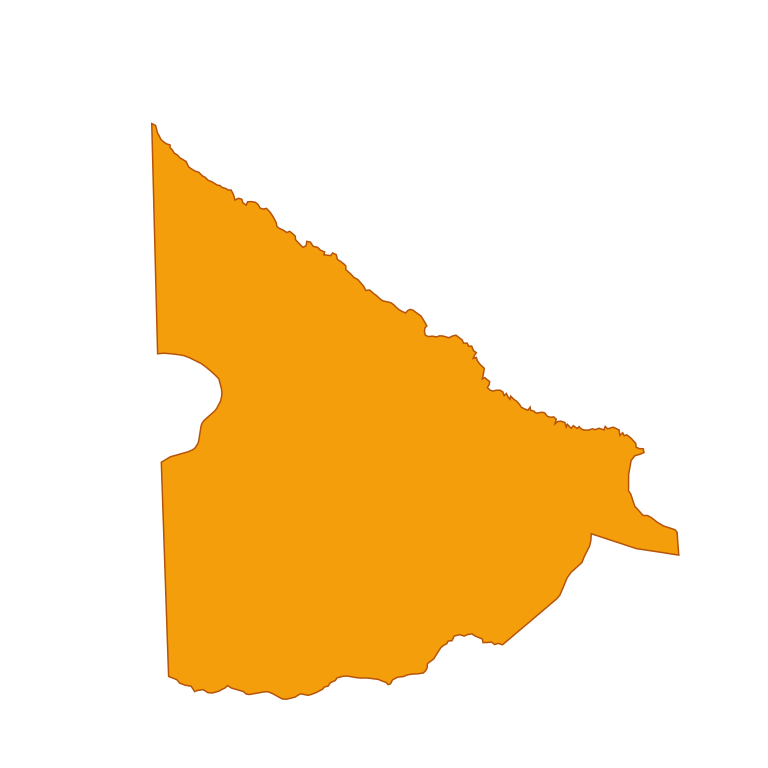 outline of Chapadão do Céu, Goiás, Brazil, rotated 350°
{"feature_id": "56859067B16920149429601", "entity_name": "Chapadão do Céu", "entity_type": "district", "adm_level": 2, "iso_a3": "BRA", "parent_name": "Brazil", "parent_adm1": "Goiás", "projection": "orthographic", "projection_center": [-52.582, -18.383], "detail": "fine", "context": "isolated", "style": "filled", "palette": "amber", "viewbox_px": 768, "rotation_deg": 350, "n_neighbors": 0, "source": "geoboundaries", "source_scale": "gbopen_adm2", "svg_char_len": 4031}
<svg xmlns="http://www.w3.org/2000/svg" viewBox="0 0 768 768"><g transform="rotate(350 384 384)"><path d="M455.4,661.4L516.7,625.6L520.4,622.6L524.6,616.3L530.8,606.5L535.6,601.9L548.0,594.1L551.1,589.0L558.3,579.3L560.5,574.2L562.1,567.5L603.9,589.9L644.6,603.7L645.3,596.2L646.9,580.9L645.3,578.1L634.4,572.2L629.1,567.6L624.5,562.4L620.7,559.3L616.3,558.4L609.7,547.8L607.9,535.4L606.3,531.6L609.2,515.6L614.1,502.2L618.5,498.3L624.6,497.5L628.2,496.6L628.0,492.8L624.0,491.9L621.2,489.8L621.7,486.5L618.0,480.4L614.2,476.2L611.5,476.7L610.6,473.4L607.3,475.6L607.5,470.0L602.1,466.3L596.4,467.0L594.5,464.2L592.7,467.4L588.0,464.9L584.3,465.7L581.3,464.3L577.2,464.9L572.8,464.0L570.5,462.5L568.7,459.8L566.6,461.4L563.2,457.9L560.7,460.1L557.5,455.5L556.0,458.0L555.4,453.3L551.7,451.3L548.5,451.1L545.5,452.9L547.5,448.6L545.5,445.9L541.9,445.6L539.1,444.0L537.3,440.4L534.7,439.2L528.9,439.2L526.8,436.7L523.8,435.2L523.9,432.2L521.1,434.9L518.1,432.9L515.2,430.8L513.9,427.6L511.8,424.2L509.2,421.6L506.7,418.0L505.3,420.9L503.7,417.8L502.9,414.6L500.3,416.3L499.6,412.3L497.2,410.3L493.5,409.6L489.9,409.9L487.4,408.5L485.1,405.4L487.4,403.0L488.5,400.0L486.3,397.6L484.4,395.2L481.7,396.0L483.6,391.5L485.5,386.0L482.0,381.4L479.9,377.2L479.6,373.9L476.3,374.3L478.4,371.1L480.4,369.2L478.0,366.8L476.9,361.9L473.9,361.6L473.1,358.3L469.4,357.5L468.7,354.3L465.9,351.2L463.3,348.4L460.1,348.6L455.7,349.7L452.6,348.0L449.2,346.6L446.7,346.2L444.0,346.8L440.0,345.3L435.9,345.0L433.2,343.1L432.9,339.5L434.0,335.9L436.3,334.2L433.7,327.0L432.1,323.3L428.9,320.1L425.5,316.4L422.9,315.1L420.1,315.8L417.6,317.8L414.6,315.8L411.6,313.3L409.3,310.5L407.3,307.6L404.7,305.0L399.9,303.0L396.9,301.6L394.5,299.1L392.0,295.7L389.3,292.9L386.3,289.0L382.3,288.7L380.9,284.1L378.9,280.8L376.4,276.6L372.7,273.7L370.3,269.8L366.3,264.8L366.9,261.1L365.3,258.8L362.6,255.8L359.7,253.2L359.4,248.3L356.2,246.0L353.8,248.3L350.5,247.3L347.2,246.3L348.5,243.7L344.7,241.2L342.4,237.9L338.1,236.1L336.2,231.5L332.7,230.1L331.3,234.2L328.0,235.4L325.6,232.1L323.4,228.8L321.9,226.3L322.3,223.0L320.3,220.3L317.5,217.2L314.7,218.0L311.3,214.8L307.6,212.3L305.9,210.2L305.9,206.5L304.2,201.0L301.8,195.2L298.7,190.6L295.6,190.8L292.5,189.2L291.2,185.5L288.9,182.7L284.5,181.2L281.3,180.9L279.3,183.9L276.5,180.9L276.1,177.4L272.8,175.8L269.1,177.0L269.0,173.8L268.3,170.0L267.0,166.4L264.4,166.0L262.0,163.9L258.8,162.4L256.8,160.0L254.2,159.1L249.7,155.0L246.0,152.7L244.0,149.6L241.2,147.4L238.5,143.4L234.6,141.3L231.3,138.3L229.2,136.1L227.8,130.6L224.3,127.5L222.2,125.8L220.3,122.6L217.6,120.3L216.1,116.6L214.4,114.2L214.8,111.4L211.3,109.6L208.3,106.5L206.7,104.2L205.6,100.3L204.5,97.3L204.2,92.5L203.9,89.7L200.5,87.2L166.3,314.9L172.8,315.5L180.8,317.6L188.4,320.0L192.0,321.4L196.9,324.3L207.4,332.0L211.8,336.6L217.6,343.6L219.5,346.2L222.1,350.0L222.5,352.9L223.1,360.2L222.8,364.8L221.9,368.1L220.0,372.5L215.0,379.0L212.8,381.0L200.4,388.7L198.3,390.7L196.6,393.5L191.9,407.1L190.7,409.9L187.0,414.0L184.3,415.5L179.5,416.7L160.9,418.6L151.1,422.4L121.1,634.6L128.6,639.2L130.8,643.1L135.9,646.1L141.6,648.2L144.1,654.0L147.1,653.4L152.8,653.6L157.0,657.4L161.2,658.5L168.2,657.8L172.1,656.4L174.8,655.7L177.5,653.8L181.1,657.0L192.2,662.5L194.5,665.4L197.3,666.4L213.6,666.4L216.8,667.2L220.4,669.5L229.1,676.5L233.3,677.5L242.2,676.9L244.9,675.7L247.9,674.6L255.2,677.4L258.3,677.1L263.2,676.2L270.1,674.1L272.8,672.0L276.4,671.9L279.4,668.8L284.5,667.6L286.8,665.2L293.0,664.7L297.2,665.3L306.5,668.6L310.3,669.6L314.5,670.2L319.1,671.4L327.2,674.0L330.4,676.1L334.2,678.2L335.9,680.8L338.5,680.3L340.9,676.9L346.5,675.1L352.6,675.5L356.5,674.5L361.7,674.6L367.2,675.3L372.6,675.4L375.2,673.6L377.1,671.2L378.3,666.9L385.3,663.3L387.5,660.8L394.2,653.5L397.3,651.7L400.7,650.7L402.5,648.3L406.3,648.6L409.5,644.4L415.1,644.0L419.3,646.2L422.4,645.3L427.2,645.3L429.8,647.9L436.5,652.2L436.6,655.9L440.8,656.5L445.0,656.8L447.8,659.8L451.5,659.3L455.4,661.4Z" fill="#f59e0b" stroke="#b45309" stroke-width="1.5"/></g></svg>